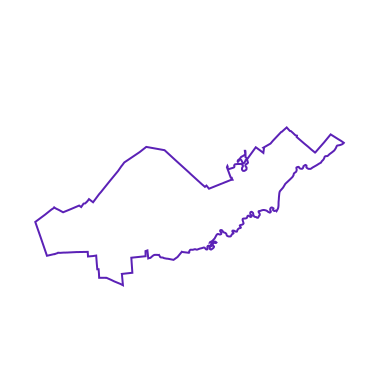 Ghilad, Timis, Romania, rotated 155°
{"feature_id": "2599482B20646127738139", "entity_name": "Ghilad", "entity_type": "district", "adm_level": 2, "iso_a3": "ROU", "parent_name": "Romania", "parent_adm1": "Timis", "projection": "mercator", "projection_center": [21.055, 45.454], "detail": "fine", "context": "isolated", "style": "outline", "palette": "violet", "viewbox_px": 384, "rotation_deg": 155, "n_neighbors": 0, "source": "geoboundaries", "source_scale": "gbopen_adm2", "svg_char_len": 6023}
<svg xmlns="http://www.w3.org/2000/svg" viewBox="0 0 384 384"><g transform="rotate(155 192 192)"><path d="M346.7,231.1L348.1,217.2L348.5,213.3L350.4,195.5L342.4,193.8L342.4,193.7L340.8,193.6L339.6,193.4L339.2,193.6L338.9,193.5L337.3,192.6L333.9,191.3L331.0,190.0L322.4,186.5L311.8,181.8L313.5,177.5L308.8,175.8L305.7,174.9L308.6,167.2L310.5,162.0L309.3,161.5L310.8,157.4L312.4,153.5L306.8,150.9L306.5,150.6L305.8,150.4L302.4,146.5L300.3,143.9L295.8,139.0L294.0,136.7L290.8,145.6L290.5,146.3L290.2,147.4L280.2,144.0L274.8,158.0L274.6,157.9L274.5,158.0L261.2,153.4L259.1,158.1L257.1,157.9L259.7,150.3L259.2,150.3L257.8,149.9L257.4,149.9L254.7,150.7L253.4,150.9L252.4,150.8L250.6,150.0L248.9,149.0L248.8,148.9L248.5,148.9L248.3,146.6L248.2,146.5L247.9,145.9L246.1,144.9L245.7,144.3L245.2,143.8L243.0,142.2L242.2,141.8L237.4,138.3L232.6,139.2L226.5,142.1L226.4,141.9L220.5,138.2L220.0,138.5L220.0,138.9L219.7,139.3L218.5,140.1L218.1,140.3L217.7,140.3L215.7,139.3L213.8,139.0L213.3,138.8L212.3,137.9L211.7,137.6L208.9,137.4L207.0,137.0L204.8,136.7L204.2,136.3L204.0,135.8L203.6,134.3L203.3,133.9L202.8,133.6L202.2,133.6L201.9,133.9L201.6,134.6L201.4,135.5L201.0,136.1L200.4,136.4L199.7,136.4L199.5,136.2L199.3,135.7L199.3,134.6L199.7,133.2L199.8,132.6L199.5,132.2L199.1,131.8L198.5,131.8L196.4,132.2L195.4,132.8L195.1,133.3L195.5,134.7L196.0,134.8L198.3,134.8L198.5,134.9L198.6,135.0L198.5,135.4L197.2,136.2L196.3,136.4L196.0,136.4L195.3,136.1L193.9,136.6L193.3,136.6L193.0,136.4L192.0,135.7L191.7,135.7L191.2,135.9L191.7,137.0L192.3,137.4L193.5,137.8L195.4,138.0L197.3,138.6L197.2,138.7L196.9,138.9L194.1,139.1L192.0,140.0L191.3,140.2L187.9,142.7L186.8,143.1L186.3,143.0L185.6,142.5L185.2,142.1L184.7,141.7L183.9,141.5L183.3,141.6L183.2,141.7L182.7,142.5L183.0,144.3L183.0,144.7L182.8,145.1L182.3,145.4L181.5,145.1L181.1,144.7L180.9,144.4L180.8,143.9L180.6,142.6L180.3,142.1L179.0,140.7L178.7,139.9L178.6,139.4L178.8,138.5L178.8,137.9L178.6,137.3L178.4,137.0L177.4,136.1L176.2,135.6L175.8,135.5L175.0,135.8L174.0,136.6L173.6,136.8L173.3,136.9L172.2,136.9L171.8,137.1L171.7,137.6L172.1,138.7L172.1,139.2L171.9,139.6L171.6,139.8L171.1,139.7L170.3,139.2L169.3,137.9L168.8,137.4L168.0,137.2L167.8,137.4L166.7,138.5L165.7,139.0L164.7,139.2L163.4,138.9L162.9,139.0L162.7,139.3L162.7,139.5L162.9,140.7L162.9,141.0L162.9,141.3L162.6,141.5L162.2,141.6L160.2,141.2L159.3,141.3L158.6,141.7L158.4,142.3L158.0,145.2L157.6,145.9L157.3,146.2L156.7,146.2L154.6,145.4L153.7,145.3L153.2,145.4L152.9,145.6L151.9,146.7L151.6,146.8L151.1,146.8L150.7,146.5L149.8,145.0L149.5,144.7L149.3,144.5L148.5,144.6L148.2,144.8L148.0,145.3L148.1,146.1L148.4,146.7L148.5,147.2L148.3,147.9L147.9,148.6L147.6,148.9L147.0,149.0L146.7,149.0L146.2,148.7L145.6,147.5L145.6,147.3L145.7,146.5L146.1,145.2L146.1,144.7L146.1,144.3L145.9,143.4L145.6,143.0L144.5,142.2L143.8,141.1L143.6,141.0L143.0,140.8L142.5,141.1L141.7,141.8L140.7,142.3L140.3,142.6L140.0,143.3L139.9,143.7L139.9,144.1L140.1,145.4L140.0,145.8L139.8,146.3L139.5,146.4L138.1,146.0L136.4,145.9L135.1,145.6L134.1,145.1L132.8,144.1L132.3,143.5L131.9,143.0L131.5,142.0L130.3,140.5L130.0,140.4L129.7,140.4L128.9,140.8L128.8,141.3L128.7,142.8L128.4,143.3L128.0,143.9L127.5,144.2L126.8,144.4L126.6,144.4L125.8,143.9L125.1,142.7L125.8,141.8L126.2,141.6L125.9,140.7L125.5,140.1L125.2,139.9L124.4,139.7L123.9,139.8L123.2,139.4L123.2,139.1L121.4,140.4L120.8,141.0L120.3,141.6L119.3,143.2L117.8,146.3L116.5,148.5L115.6,150.2L113.6,153.6L112.7,154.9L111.9,155.6L107.6,157.5L103.9,160.0L98.1,161.9L95.0,163.0L94.3,163.3L92.9,164.3L92.5,164.9L91.9,165.6L91.3,165.9L89.3,166.3L88.9,166.5L87.8,167.7L87.3,169.5L87.2,169.8L87.0,170.0L86.0,170.1L84.9,169.8L84.7,169.6L84.6,169.4L84.5,168.3L84.2,167.7L83.3,166.9L82.2,166.5L81.6,166.7L81.1,167.0L80.0,168.3L78.2,168.6L77.8,168.6L77.5,168.3L77.1,167.6L77.2,167.2L77.9,166.1L77.9,165.8L77.5,164.9L76.7,163.8L75.9,163.4L74.8,162.9L73.9,162.9L72.7,163.2L67.7,163.6L64.7,164.0L63.0,164.1L62.5,164.2L61.8,164.8L61.4,165.0L59.5,165.7L58.8,166.1L57.9,166.8L57.2,167.6L56.5,168.0L55.7,168.0L54.2,167.4L53.7,167.4L51.3,168.2L48.3,168.8L45.5,169.5L43.5,170.7L42.7,171.3L41.5,172.4L40.7,172.7L38.1,172.0L36.0,171.8L34.1,172.1L33.6,172.4L35.4,175.5L37.3,178.3L42.0,185.6L51.4,181.1L58.5,178.0L63.6,175.7L63.8,175.7L65.9,180.0L67.6,183.9L69.8,188.5L73.9,197.6L73.1,198.7L73.7,199.1L74.5,200.1L75.6,203.0L76.7,205.5L77.5,206.0L78.9,210.5L85.2,208.6L85.8,208.7L96.9,204.3L100.4,202.7L108.7,202.0L108.3,201.2L110.8,197.3L112.9,201.3L115.3,205.6L127.5,198.8L128.8,200.7L128.8,200.9L127.2,204.3L126.4,206.3L126.3,206.8L126.7,207.0L127.0,206.1L127.5,204.3L127.7,204.0L128.1,203.7L129.2,203.2L132.6,203.0L134.9,201.8L136.0,201.6L136.8,201.4L137.6,200.7L137.7,200.0L137.4,199.9L137.2,199.9L136.3,200.7L135.4,201.1L134.8,201.1L134.2,200.7L134.0,200.4L133.8,199.9L133.8,196.7L133.7,196.3L133.5,196.2L132.6,196.3L131.9,196.6L130.6,197.5L130.0,198.2L129.8,198.3L128.8,198.4L128.5,197.9L128.5,197.1L128.8,195.4L128.8,195.1L129.1,194.8L129.6,194.5L131.6,194.3L131.9,194.1L132.3,193.7L132.5,193.1L132.6,192.7L132.5,192.1L132.2,191.4L132.2,191.2L132.5,190.5L133.0,189.6L133.4,189.3L135.2,189.0L135.9,189.1L136.8,189.6L137.1,190.4L137.2,191.2L137.0,191.8L136.4,192.7L135.2,193.6L134.8,194.1L134.8,195.0L135.2,196.1L135.6,196.6L135.9,196.8L137.8,197.6L139.1,198.2L141.3,198.9L141.9,198.7L142.5,198.3L142.6,197.9L142.7,197.3L143.1,196.8L143.4,196.6L144.6,196.6L149.0,197.2L149.4,197.8L149.6,198.5L149.4,199.1L148.9,200.0L148.9,200.6L149.9,199.7L150.0,198.4L150.8,188.6L150.0,188.2L150.0,187.8L150.2,187.5L150.1,186.0L151.7,186.5L175.2,187.8L176.2,191.7L178.1,191.2L179.8,194.9L185.9,209.5L186.3,210.6L193.5,227.7L199.2,241.5L214.4,252.2L222.5,250.3L240.9,247.4L244.4,245.5L244.6,245.5L250.1,242.3L261.4,236.9L274.6,230.4L277.1,229.3L286.0,224.5L288.4,229.1L291.1,227.6L291.3,227.7L293.5,226.8L295.2,227.3L298.8,225.2L300.0,227.4L309.1,227.7L317.4,228.1L320.4,232.2L322.0,234.1L323.0,235.5L323.4,236.3L324.0,235.9L326.8,235.5L334.6,233.6L346.7,231.1Z" fill="none" stroke="#5b21b6" stroke-width="2"/></g></svg>